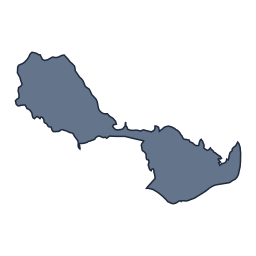 the district of Iranduba, Amazonas, Brazil
{"feature_id": "56859067B47671113990727", "entity_name": "Iranduba", "entity_type": "district", "adm_level": 2, "iso_a3": "BRA", "parent_name": "Brazil", "parent_adm1": "Amazonas", "projection": "equal_earth", "projection_center": [-60.435, -3.087], "detail": "fine", "context": "isolated", "style": "filled", "palette": "slate", "viewbox_px": 256, "rotation_deg": 0, "n_neighbors": 0, "source": "geoboundaries", "source_scale": "gbopen_adm2", "svg_char_len": 4616}
<svg xmlns="http://www.w3.org/2000/svg" viewBox="0 0 256 256"><path d="M237.7,142.1L236.6,144.1L235.6,146.0L234.2,146.8L232.4,148.6L231.9,151.1L230.2,152.3L229.8,153.4L229.3,154.9L228.9,157.4L228.2,159.9L226.7,159.1L226.2,161.4L224.7,163.0L223.0,163.4L221.4,163.9L220.7,164.5L219.9,165.3L219.5,164.6L218.7,162.7L220.5,162.2L218.6,159.9L218.2,159.0L219.0,158.4L219.5,158.7L220.3,159.0L221.5,158.4L220.3,156.4L218.3,155.2L216.9,154.2L215.5,153.0L213.9,152.2L212.9,150.6L211.5,149.6L210.4,147.9L209.1,149.4L207.7,150.4L206.1,149.7L204.5,148.6L203.7,147.6L204.1,145.8L203.9,144.7L203.2,143.1L202.6,141.3L201.7,140.2L201.2,139.3L200.3,140.0L199.6,141.6L199.1,143.4L198.9,145.2L198.1,145.6L196.4,145.5L195.7,145.5L194.9,145.0L194.3,144.6L193.1,143.3L191.5,142.4L189.9,142.0L189.2,140.1L185.9,139.4L184.2,139.3L182.9,138.1L182.1,136.1L180.9,134.8L179.9,132.9L178.7,131.5L177.4,130.3L175.8,129.6L174.6,128.4L173.0,127.7L171.6,126.9L169.9,126.5L169.3,126.3L168.4,126.1L165.0,126.9L163.5,127.9L162.3,129.1L160.8,130.1L159.4,131.3L158.6,127.3L156.5,126.1L154.9,126.1L155.0,128.2L154.3,130.1L152.5,131.3L151.5,131.9L150.0,131.5L148.9,131.2L147.0,130.8L145.4,130.4L143.7,129.8L142.0,130.3L140.5,131.1L138.9,130.6L137.2,130.2L135.6,130.1L133.9,130.4L132.3,130.3L130.6,130.3L129.1,129.8L127.6,129.1L127.0,127.2L125.8,125.4L125.8,124.5L125.8,123.4L125.7,122.0L125.4,122.8L125.3,124.1L125.1,125.2L125.2,126.1L123.9,127.4L122.7,129.0L121.0,129.5L119.5,129.6L118.0,130.0L115.4,129.5L114.0,128.1L112.6,126.5L113.5,124.8L116.4,124.2L115.5,121.2L114.2,119.8L113.0,118.3L111.5,117.4L110.0,116.5L108.7,115.3L107.4,113.7L105.8,113.8L104.1,113.7L102.5,113.2L101.1,112.2L99.7,110.8L98.6,108.9L98.1,106.6L97.2,101.7L96.1,99.3L94.7,97.7L93.2,96.1L91.8,94.6L90.4,91.5L89.1,89.1L87.6,88.1L85.3,86.5L83.8,82.6L82.8,80.5L81.2,78.5L79.6,77.2L76.9,73.2L75.3,70.9L75.0,68.3L74.5,66.1L72.0,63.5L70.4,62.2L69.2,60.8L68.0,59.1L64.1,55.0L61.3,55.6L60.4,56.1L57.6,57.4L54.8,57.5L52.6,57.0L47.5,59.8L44.5,60.4L42.4,59.4L40.2,54.8L38.4,54.7L36.9,53.5L33.8,52.6L31.9,52.3L30.1,54.1L28.8,56.9L28.1,58.1L27.4,59.2L26.1,60.6L24.5,62.2L22.7,63.5L20.5,64.4L18.7,65.3L17.7,66.9L17.4,72.8L18.8,75.4L19.8,77.1L20.7,80.2L21.3,82.1L22.1,84.2L21.6,85.0L21.1,85.9L18.6,87.6L18.1,90.8L19.0,94.5L18.9,97.9L16.8,99.3L15.4,100.8L16.2,104.2L17.6,105.7L19.2,105.9L20.9,105.3L22.9,105.1L25.0,105.0L26.1,106.7L27.0,108.6L28.5,109.2L30.0,110.3L31.1,111.7L32.0,113.6L32.3,115.6L32.9,117.6L34.4,118.7L35.7,117.4L37.2,116.4L40.0,118.6L41.1,116.9L42.8,117.8L43.8,119.7L44.1,122.0L45.4,123.3L46.3,123.5L47.1,124.4L47.5,125.4L48.0,126.1L48.6,126.7L49.8,127.0L51.0,127.0L51.3,128.0L51.8,129.5L52.4,130.6L53.1,131.5L54.4,131.7L55.6,131.6L56.9,131.5L58.0,131.5L59.6,131.1L60.9,129.8L62.7,129.7L64.4,130.5L65.9,130.6L67.4,131.4L68.8,132.1L70.4,132.7L72.0,132.9L73.4,134.1L74.3,136.0L75.4,137.5L76.7,139.2L77.8,140.8L78.3,142.8L78.2,143.9L78.1,145.1L78.3,146.7L78.6,147.6L79.2,148.2L79.9,149.0L80.1,148.1L79.5,146.8L79.8,146.0L79.3,145.0L79.3,143.9L80.2,143.5L82.0,143.5L83.6,143.3L85.3,142.9L87.0,142.4L88.5,141.3L90.1,141.1L91.7,140.4L93.2,140.0L94.7,139.2L95.9,137.5L97.3,136.5L98.9,136.0L100.5,136.4L102.1,137.3L103.7,137.6L105.4,137.2L106.7,138.3L107.2,137.9L108.2,137.1L109.6,136.1L116.1,136.4L120.3,136.4L124.9,136.4L136.9,139.3L142.3,140.5L143.0,140.7L143.7,141.0L143.2,141.9L142.2,143.2L141.7,143.9L141.4,144.8L141.3,145.8L141.7,147.0L141.9,148.3L142.2,150.2L142.7,150.9L143.7,151.4L144.4,152.0L144.9,152.5L145.4,153.2L145.8,153.8L146.1,154.6L146.1,155.6L146.1,156.6L146.3,158.2L146.6,159.2L147.3,159.8L148.1,159.6L148.8,160.6L149.0,162.7L148.5,163.7L148.3,164.4L148.3,165.6L148.8,166.4L148.9,167.5L149.2,168.3L149.6,169.4L150.4,170.3L151.3,170.7L151.5,169.6L152.2,169.1L153.2,168.9L153.7,169.8L154.0,170.9L153.9,172.0L154.1,172.9L154.4,173.6L154.6,174.5L154.8,175.7L155.2,178.4L147.5,186.9L146.5,188.3L147.5,188.3L148.2,188.3L149.7,188.6L152.0,189.2L153.0,189.5L154.2,190.2L156.6,191.6L158.5,192.9L160.9,194.8L162.2,195.9L163.2,196.8L164.2,197.8L165.4,199.0L166.6,200.2L167.2,201.0L167.7,201.6L168.4,201.9L171.3,203.3L172.8,203.6L173.8,203.7L175.8,203.1L176.8,202.5L177.6,202.0L179.6,200.8L180.6,200.8L181.2,201.5L181.9,200.8L182.6,200.7L183.8,200.8L184.7,200.9L186.4,200.9L187.6,200.7L188.8,200.3L189.9,199.8L194.5,198.1L197.1,196.5L200.5,194.4L205.7,191.1L208.0,189.3L209.6,187.9L212.3,186.3L215.0,185.1L217.1,184.7L218.2,184.5L219.3,184.3L228.1,182.9L230.0,182.4L231.8,181.0L235.3,179.1L237.1,177.1L238.4,174.4L239.1,171.1L240.1,166.6L240.5,161.3L240.5,159.3L240.6,155.2L240.6,153.0L240.1,147.4L238.9,143.7L237.7,142.1Z" fill="#64748b" stroke="#1e293b" stroke-width="1.5"/></svg>